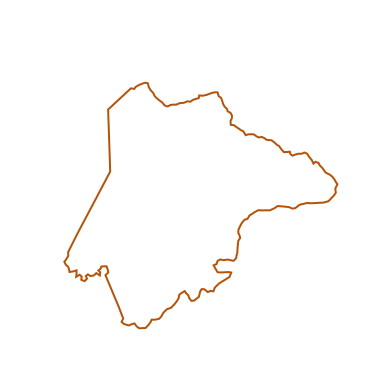 Olho d'Água, Paraíba, Brazil, rotated 344°
{"feature_id": "56859067B14089338060229", "entity_name": "Olho d'Água", "entity_type": "district", "adm_level": 2, "iso_a3": "BRA", "parent_name": "Brazil", "parent_adm1": "Paraíba", "projection": "albers", "projection_center": [-37.728, -7.279], "detail": "fine", "context": "isolated", "style": "outline", "palette": "amber", "viewbox_px": 384, "rotation_deg": 344, "n_neighbors": 0, "source": "geoboundaries", "source_scale": "gbopen_adm2", "svg_char_len": 2799}
<svg xmlns="http://www.w3.org/2000/svg" viewBox="0 0 384 384"><g transform="rotate(344 192 192)"><path d="M207.5,280.2L205.0,279.0L201.4,278.2L197.6,277.3L194.5,276.2L193.1,270.9L192.6,268.4L195.6,268.1L197.6,265.3L200.5,264.6L203.4,266.2L207.9,266.8L210.1,268.1L213.0,269.6L216.2,267.8L217.3,265.3L218.8,263.0L219.8,259.9L221.6,255.2L223.1,251.6L225.6,249.5L225.7,246.6L225.2,244.1L226.2,241.1L230.0,236.8L232.0,235.0L235.1,233.1L238.0,233.1L240.8,230.4L244.1,229.5L246.7,228.6L250.6,227.8L254.6,229.1L257.7,229.9L261.7,231.1L266.9,230.3L270.4,229.1L273.4,230.2L276.8,231.5L281.2,233.3L283.7,235.5L286.5,236.0L288.9,235.2L291.6,234.0L294.3,234.0L297.4,234.2L300.1,234.3L302.5,235.4L306.6,236.4L311.2,237.4L314.7,238.3L317.9,238.5L320.8,238.4L323.0,237.1L327.7,234.3L330.0,232.4L330.7,228.2L333.9,224.6L333.0,221.9L332.4,219.1L331.0,215.8L329.2,213.3L325.9,210.3L324.0,205.0L322.1,201.5L321.7,199.0L319.0,197.0L316.6,198.2L316.0,194.4L314.4,190.8L313.2,186.8L310.8,185.0L308.4,185.5L304.5,184.5L301.4,184.5L298.7,184.8L297.1,182.8L297.1,180.2L294.6,179.8L291.3,179.0L289.8,175.9L288.4,171.9L286.7,170.1L285.1,167.4L282.7,164.2L280.3,163.3L277.9,162.3L276.6,160.3L274.1,158.2L271.6,158.1L269.5,156.5L267.4,153.7L264.2,152.6L261.8,152.1L259.3,152.2L258.1,147.9L256.1,146.0L253.0,142.3L250.7,139.3L247.8,138.1L248.6,134.3L250.5,132.3L251.5,129.7L250.8,126.4L248.5,124.3L248.5,121.7L246.8,118.8L246.1,115.6L246.2,113.1L245.9,109.5L244.0,107.1L244.1,103.3L240.9,102.3L236.9,102.3L232.8,102.7L228.9,102.4L225.5,101.2L224.4,103.6L221.8,103.6L218.1,103.7L215.3,104.8L212.9,103.6L208.7,104.0L204.6,103.2L200.9,103.7L197.9,102.8L195.3,102.4L192.2,103.1L189.5,101.2L188.1,97.7L186.0,95.1L183.9,92.0L182.5,89.3L182.0,86.0L180.4,83.0L179.4,79.4L179.5,75.3L177.3,74.1L174.4,74.1L170.8,74.5L166.9,75.4L164.8,77.0L161.9,75.5L134.1,89.6L126.4,120.4L119.0,149.8L98.8,170.9L70.7,200.1L56.4,215.6L55.5,219.2L52.4,222.2L50.1,223.8L50.6,227.0L52.3,229.7L52.5,232.2L52.2,235.1L55.9,235.6L59.4,235.5L58.3,239.2L57.3,241.6L61.2,240.6L62.6,242.8L61.4,245.9L64.3,248.1L67.2,246.3L66.8,243.5L69.2,242.5L71.1,244.7L74.4,245.2L77.7,243.6L80.4,246.8L81.7,243.8L80.4,241.6L83.0,240.6L84.4,238.6L89.4,239.9L89.6,243.7L89.3,246.3L85.9,248.1L89.9,282.1L91.0,294.6L88.5,297.5L90.2,300.0L92.4,301.6L94.6,302.9L97.0,302.5L100.5,302.5L101.7,305.8L103.7,308.5L107.0,309.2L109.8,309.9L113.1,308.1L116.4,305.6L118.0,303.6L121.6,304.6L125.5,304.8L128.0,303.3L131.3,300.1L135.5,297.8L140.0,297.5L144.4,294.9L147.3,292.8L149.7,290.6L151.5,287.2L154.4,286.1L157.7,285.3L158.5,287.8L160.0,290.2L160.0,293.0L161.4,296.5L164.2,296.9L169.7,294.7L172.5,289.8L174.5,288.0L177.1,288.9L179.6,292.6L182.3,292.1L185.2,293.4L187.7,290.1L193.0,287.3L196.0,286.4L198.8,285.7L204.7,284.0L207.5,280.2Z" fill="none" stroke="#b45309" stroke-width="2"/></g></svg>